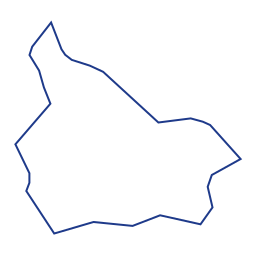 outline of Starše
{"feature_id": "SVN-996", "entity_name": "Starše", "entity_type": "Statistical Region", "adm_level": 1, "iso_a3": "SVN", "parent_name": "Slovenia", "parent_adm1": "", "projection": "natural_earth1", "projection_center": [15.758, 46.466], "detail": "fine", "context": "isolated", "style": "outline", "palette": "blue", "viewbox_px": 256, "rotation_deg": 0, "n_neighbors": 0, "source": "natural_earth", "source_scale": "10m", "svg_char_len": 447}
<svg xmlns="http://www.w3.org/2000/svg" viewBox="0 0 256 256"><path d="M51.1,22.5L61.5,49.3L65.2,54.8L71.8,59.9L89.7,65.6L103.1,71.8L158.4,122.5L190.7,118.4L202.8,121.7L210.1,125.0L240.6,159.0L211.8,175.0L207.7,186.8L212.5,207.4L200.5,224.3L160.1,215.3L132.6,225.9L93.5,222.0L54.2,233.5L26.3,191.0L29.4,182.8L29.4,173.2L15.4,144.3L50.4,103.7L43.9,87.4L39.1,70.6L29.5,55.0L32.2,46.7L51.1,22.5Z" fill="none" stroke="#1e3a8a" stroke-width="2"/></svg>